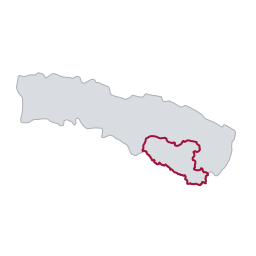 Karnali on a map of Nepal (Natural Earth projection), rotated 174°
{"feature_id": "NPL-1126", "entity_name": "Karnali", "entity_type": "Administrative Zone", "adm_level": 1, "iso_a3": "NPL", "parent_name": "Nepal", "parent_adm1": "", "projection": "natural_earth1", "projection_center": [82.262, 29.569], "detail": "fine", "context": "in_parent", "style": "outline", "palette": "rose", "viewbox_px": 256, "rotation_deg": 174, "n_neighbors": 0, "source": "natural_earth", "source_scale": "10m", "svg_char_len": 6406}
<svg xmlns="http://www.w3.org/2000/svg" viewBox="0 0 256 256"><g transform="rotate(174 128 128)"><path d="M232.7,144.4L233.7,145.3L233.9,146.7L233.7,148.3L232.6,151.7L231.7,154.1L230.6,159.1L229.7,167.8L229.9,169.3L233.1,174.3L234.4,178.2L234.5,180.8L233.2,185.2L231.8,190.1L231.1,191.2L230.3,191.6L226.4,189.9L223.8,190.2L220.7,191.1L217.6,190.9L214.9,190.4L211.6,192.3L208.4,191.3L206.4,190.0L205.0,186.6L204.4,186.2L197.8,189.8L196.2,190.0L192.0,188.0L188.6,186.1L187.3,185.6L184.0,184.8L181.1,184.4L177.8,183.2L173.9,184.7L172.3,184.6L170.7,183.5L169.9,181.2L169.7,179.0L168.4,177.5L166.3,177.1L163.3,178.5L159.0,180.3L157.6,180.0L156.4,179.5L155.9,179.0L155.3,176.9L154.6,176.5L153.6,176.4L151.8,175.9L149.6,174.4L143.0,170.8L142.2,169.1L142.2,165.6L141.8,164.1L141.0,162.6L137.6,161.0L131.0,158.5L127.3,156.5L125.6,157.4L122.2,158.3L120.4,160.1L118.3,159.5L113.2,157.6L110.4,157.3L108.8,157.9L108.4,159.0L106.3,160.3L104.3,159.3L100.4,158.0L96.9,157.2L91.7,155.6L91.1,153.1L90.2,150.7L89.0,150.3L84.3,150.7L80.0,148.1L75.4,144.6L73.4,143.5L72.1,143.1L71.0,143.5L69.7,144.3L68.6,144.5L66.1,143.1L62.9,141.0L59.0,138.4L54.4,134.7L52.5,132.7L51.6,131.2L50.7,129.7L46.7,127.3L43.5,125.5L39.7,123.2L39.1,122.8L37.7,121.4L35.5,119.7L33.7,119.2L33.1,120.2L32.6,121.1L31.1,120.9L28.6,119.2L26.1,117.4L24.0,115.7L22.0,114.0L21.5,112.7L22.4,108.8L23.6,105.4L24.6,104.7L26.3,102.4L26.9,98.5L26.9,95.2L28.5,90.5L30.8,85.4L34.6,80.1L36.3,78.3L38.2,77.1L41.7,73.1L42.5,72.4L44.0,71.4L45.5,71.2L46.7,71.7L47.9,73.7L49.3,75.7L51.0,75.6L53.1,73.9L57.3,66.2L63.2,64.6L68.7,65.4L73.6,66.5L75.1,69.1L76.0,71.8L76.6,73.2L78.2,74.9L85.2,78.7L89.2,82.2L94.8,86.9L98.9,89.0L102.6,89.2L104.7,91.0L107.8,94.7L110.5,98.9L113.8,102.8L116.1,102.7L119.2,101.4L123.0,99.7L125.3,100.6L127.3,101.6L128.1,103.6L129.3,107.5L130.7,111.4L132.9,112.8L135.5,114.8L136.9,116.4L141.8,119.4L142.5,120.6L143.5,121.4L144.7,122.0L145.6,122.6L147.2,122.8L152.8,121.0L154.3,121.2L155.1,121.5L155.2,122.2L154.2,125.0L153.3,128.5L154.2,130.3L156.6,131.0L161.8,131.6L168.8,131.5L170.9,133.3L173.1,136.0L175.2,140.7L176.1,142.6L177.2,143.2L179.0,142.4L179.3,140.5L179.3,137.7L180.9,136.7L181.8,137.4L183.0,139.6L185.9,141.6L188.0,142.6L190.0,142.2L190.9,141.5L191.8,137.6L193.4,137.1L195.4,137.3L196.1,138.1L197.0,139.6L199.4,140.4L201.8,141.3L204.1,142.6L207.3,145.5L211.2,146.0L215.7,145.9L218.1,146.0L219.9,146.2L221.5,146.0L226.1,143.9L228.0,143.8L230.4,144.0L232.7,144.4Z" fill="#d9dde1" stroke="#a8b0b8" stroke-width="1"/><path d="M62.4,63.7L63.0,63.8L66.2,65.4L66.7,65.5L67.3,65.4L67.9,65.2L68.4,65.1L69.5,65.6L70.4,65.5L71.0,65.7L71.2,65.8L71.5,66.3L71.7,66.5L71.9,66.5L72.2,66.4L72.4,66.3L72.7,66.2L73.8,66.1L74.4,66.2L74.8,66.4L74.9,66.9L74.6,68.7L74.7,69.6L75.0,70.1L75.5,70.5L76.1,70.7L76.5,71.1L76.4,71.7L75.8,72.9L75.8,73.4L76.0,74.0L76.2,74.7L76.5,75.0L77.0,75.1L77.5,74.9L78.0,74.8L79.1,75.6L79.7,75.7L80.2,75.7L80.8,75.9L81.0,76.1L81.3,76.6L81.5,76.8L82.0,76.8L82.4,76.8L82.8,76.8L83.2,77.1L83.5,77.5L83.9,78.0L84.4,78.3L84.9,78.6L86.1,79.0L86.6,79.3L88.6,82.0L89.0,82.3L89.3,82.3L89.9,82.1L90.1,82.1L90.4,82.3L90.4,82.6L90.3,82.9L90.2,83.3L90.5,83.8L92.1,85.2L92.6,86.0L92.8,86.2L93.2,86.4L93.5,86.5L93.9,87.1L94.3,87.7L94.8,87.5L95.4,87.0L95.9,86.8L96.2,86.9L96.6,87.4L96.8,87.5L97.0,87.6L97.6,87.5L97.9,87.5L99.4,88.9L99.6,89.2L100.0,90.0L100.3,90.2L100.6,90.2L100.8,89.9L100.9,89.4L101.0,89.1L101.9,88.8L102.5,88.8L102.8,88.8L103.1,88.9L103.4,89.2L103.5,89.4L103.6,89.8L103.9,90.1L104.3,90.2L104.5,90.3L105.2,91.0L105.4,91.4L105.4,91.9L105.3,92.1L105.2,92.3L105.1,92.5L105.0,92.9L105.5,93.6L107.1,93.2L107.8,94.0L107.9,94.6L107.8,95.0L107.9,95.4L108.7,96.1L108.7,96.5L108.7,96.9L108.8,97.3L109.1,97.6L109.5,97.8L109.8,98.0L110.0,98.9L110.3,99.2L111.0,99.5L111.5,99.8L111.7,100.3L112.0,101.5L112.0,102.2L112.1,102.5L112.3,102.8L112.6,102.9L113.2,103.0L113.5,103.3L113.8,103.5L114.9,103.7L115.3,103.7L115.7,103.5L115.9,104.6L115.8,104.9L115.5,105.2L115.2,105.5L115.0,105.8L114.9,106.2L114.6,108.7L114.5,109.1L114.4,109.4L114.1,109.7L112.7,111.7L112.2,112.5L111.4,115.2L111.0,115.7L108.7,116.6L108.1,117.0L107.5,117.2L106.3,117.5L105.8,117.5L104.9,117.4L104.3,117.4L103.9,117.3L103.2,117.1L102.5,116.9L101.5,116.7L97.6,114.6L97.0,114.4L96.6,114.3L95.0,114.4L93.7,114.3L93.4,114.3L93.1,114.4L92.6,114.5L92.3,114.4L91.0,113.5L90.9,113.2L90.8,112.9L90.8,112.5L90.8,112.0L90.8,111.6L90.6,111.3L89.6,110.2L89.2,109.8L88.8,109.6L87.3,109.1L85.7,108.4L85.1,108.3L84.9,108.5L84.5,108.7L84.2,108.8L83.8,108.8L83.2,108.5L83.1,108.4L83.0,108.2L82.9,108.1L82.9,107.9L83.0,107.5L83.1,107.3L83.1,107.1L83.2,106.8L83.2,106.5L83.1,106.2L83.0,105.8L81.8,105.2L79.9,105.2L79.5,105.3L76.9,106.5L76.6,106.7L76.4,106.9L76.1,107.5L75.9,107.7L75.7,107.9L75.5,108.1L75.3,108.3L75.2,108.7L74.8,109.1L74.5,109.3L74.1,109.3L73.9,109.2L73.7,108.9L73.6,108.6L73.4,108.4L72.8,108.3L70.5,109.4L68.4,109.2L67.9,109.0L67.3,108.7L66.9,108.5L66.4,108.3L65.0,108.1L62.9,107.3L62.0,107.1L61.5,106.9L61.3,106.8L61.3,106.6L61.4,106.3L61.3,105.5L60.7,104.6L60.3,104.2L60.0,103.9L59.2,103.4L59.0,103.2L58.9,102.8L58.8,102.3L59.0,100.4L58.8,99.9L58.7,99.6L58.7,99.2L58.8,98.9L59.1,98.6L59.9,97.7L60.3,97.4L61.4,97.0L61.7,97.0L62.2,97.0L62.4,97.0L62.6,97.1L63.3,97.8L63.6,97.9L63.9,97.9L64.3,97.8L65.2,97.5L65.4,97.0L65.1,96.5L64.9,95.9L64.8,95.1L64.8,94.4L64.9,93.8L65.0,93.2L65.3,92.8L66.3,92.1L66.7,91.6L66.9,91.0L66.9,90.5L66.9,89.8L66.8,89.5L66.7,89.3L66.2,89.2L65.6,88.9L65.3,88.7L65.0,88.4L64.7,88.0L64.6,87.4L64.5,87.1L64.5,86.8L65.3,84.3L65.4,83.5L65.5,82.5L65.5,82.1L65.6,81.9L65.8,81.7L66.1,81.4L66.3,81.2L66.5,81.0L66.6,80.8L66.6,80.5L66.6,80.2L66.5,79.9L66.2,79.6L65.9,79.5L64.9,79.3L64.4,79.1L64.1,78.8L63.8,78.7L63.3,78.6L61.4,78.7L61.1,78.7L60.8,78.8L60.2,79.1L59.6,80.2L59.4,80.3L59.1,80.2L58.8,80.1L58.3,79.7L58.2,79.4L58.1,79.1L58.2,78.5L58.2,78.2L58.2,77.9L58.1,77.6L58.0,77.4L57.9,77.2L57.6,76.6L57.4,76.1L57.2,76.0L56.6,76.0L55.8,76.1L55.5,76.0L55.3,75.9L55.0,75.6L54.8,75.4L54.2,75.2L53.6,74.8L53.4,74.6L53.5,74.3L53.6,73.9L53.6,73.6L53.4,73.1L53.4,72.9L53.7,72.7L54.1,72.7L54.5,72.7L54.8,72.6L55.2,72.3L55.5,71.9L55.7,71.4L55.9,70.4L56.2,69.8L56.3,69.5L56.3,69.2L56.1,68.7L56.0,68.4L56.0,67.3L56.1,66.8L56.4,66.4L56.5,65.9L56.5,65.4L56.5,65.0L57.1,64.9L57.5,65.1L58.5,66.1L59.0,66.4L59.7,66.5L60.0,66.4L60.3,65.1L60.4,64.9L60.6,64.7L61.1,64.6L61.5,64.5L61.6,64.2L61.7,63.9L61.9,63.7L62.4,63.7Z" fill="none" stroke="#9f1239" stroke-width="2"/></g></svg>